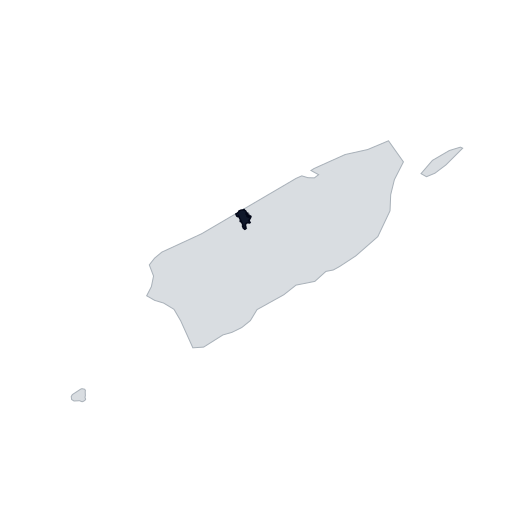 Barceloneta, Puerto Rico shown in context, rotated 328°
{"feature_id": "32010507B67293545491700", "entity_name": "Barceloneta", "entity_type": "district", "adm_level": 2, "iso_a3": "PRI", "parent_name": "Puerto Rico", "parent_adm1": "", "projection": "albers", "projection_center": [-66.554, 18.44], "detail": "fine", "context": "in_parent", "style": "filled", "palette": "ink", "viewbox_px": 512, "rotation_deg": 328, "n_neighbors": 0, "source": "geoboundaries", "source_scale": "gbopen_adm2", "svg_char_len": 2556}
<svg xmlns="http://www.w3.org/2000/svg" viewBox="0 0 512 512"><g transform="rotate(328 256 256)"><path d="M341.5,217.1L346.9,220.7L352.2,220.2L347.9,212.6L351.8,212.6L385.5,217.2L407.1,224.9L429.4,228.5L430.9,254.3L413.8,264.6L402.7,275.4L393.6,288.7L369.6,304.1L340.6,308.8L321.3,309.2L314.1,308.8L307.1,306.1L292.5,308.7L274.5,301.9L259.1,303.6L228.5,302.0L217.0,307.8L206.0,309.1L195.2,308.0L186.1,305.4L163.3,305.5L153.8,300.4L157.8,271.1L158.2,257.8L152.7,246.9L146.6,240.0L142.2,231.8L151.1,226.5L158.5,218.7L160.8,207.0L168.8,204.1L178.2,202.8L221.5,208.3L331.1,211.4L337.3,212.3L341.5,217.1ZM465.4,279.4L451.6,280.6L442.6,279.1L439.6,273.6L456.3,268.4L475.8,269.0L487.0,272.0L488.4,274.1L465.4,279.4ZM34.9,287.6L33.3,287.8L31.6,287.6L30.9,287.0L29.8,285.3L24.8,282.5L23.6,280.0L24.8,277.3L26.8,276.2L37.0,276.0L38.1,276.3L40.1,278.2L40.1,279.5L39.1,280.8L37.3,284.0L36.5,284.8L35.9,285.6L35.7,287.1L34.9,287.6Z" fill="#d9dde1" stroke="#a8b0b8" stroke-width="1"/><path d="M261.2,209.7L261.1,210.0L260.8,211.9L261.2,212.8L261.5,213.1L262.0,213.2L262.4,212.9L262.3,213.8L262.2,214.5L261.9,217.8L261.4,217.8L261.0,217.9L261.0,218.5L261.6,218.4L261.8,218.5L261.7,219.6L261.4,221.9L261.3,222.7L261.2,222.9L261.1,223.4L261.0,223.6L260.4,223.5L260.0,225.6L260.1,225.9L260.4,226.1L260.6,226.7L260.4,227.0L260.6,227.4L260.8,227.4L260.9,227.5L261.9,227.4L261.7,227.1L261.9,226.3L262.6,226.4L262.7,225.8L262.9,225.7L263.1,225.4L263.2,224.3L263.5,224.2L263.8,223.8L264.0,223.7L264.0,223.4L265.1,223.0L266.1,223.3L267.1,223.3L267.3,223.6L267.5,224.3L268.1,224.6L268.8,224.5L268.8,223.9L268.8,223.7L268.8,223.0L268.9,222.8L269.0,222.4L268.8,222.0L269.1,222.0L270.3,221.4L270.6,221.1L271.1,221.0L271.7,220.6L271.7,220.4L271.8,220.1L271.7,219.8L272.3,219.8L272.4,220.0L272.7,219.7L272.5,219.3L272.2,219.7L271.9,219.4L271.6,219.5L271.5,219.1L271.6,218.7L271.5,218.0L271.3,217.8L271.1,217.8L271.1,218.0L270.8,218.2L270.9,218.4L271.1,218.6L271.0,219.1L270.2,219.2L269.8,218.8L270.0,218.2L270.2,217.8L270.7,217.5L270.3,217.5L270.0,217.3L269.6,217.4L269.4,217.4L269.5,217.1L269.7,216.9L269.9,216.6L270.7,216.4L271.0,216.3L271.7,215.6L271.8,215.4L271.6,215.1L271.1,215.0L270.6,215.0L270.3,215.3L270.0,215.6L269.8,215.6L269.8,215.1L269.9,214.9L270.8,214.2L271.0,213.4L271.1,212.5L270.9,211.8L270.4,211.0L270.6,210.4L270.5,210.2L270.2,210.3L269.8,210.1L269.2,210.0L269.1,209.9L267.7,209.2L267.4,209.1L266.6,209.0L266.3,209.0L265.5,208.8L265.4,208.9L264.4,209.5L263.9,209.6L262.8,209.8L262.6,209.9L261.2,209.7Z" fill="#0f172a" stroke="#020617" stroke-width="1.5"/></g></svg>